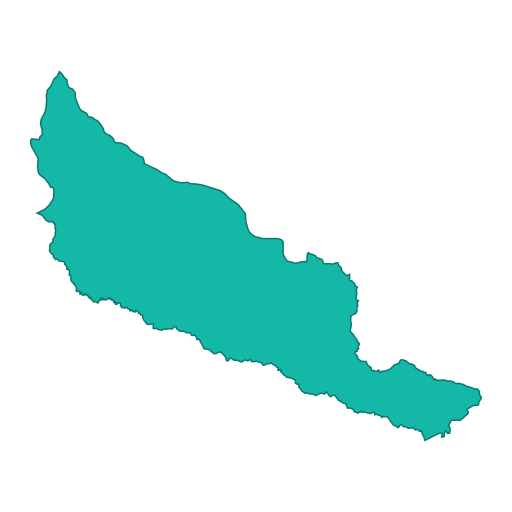 the district of Saladoblanco, Huila, Colombia
{"feature_id": "7082276B71793235558462", "entity_name": "Saladoblanco", "entity_type": "district", "adm_level": 2, "iso_a3": "COL", "parent_name": "Colombia", "parent_adm1": "Huila", "projection": "albers", "projection_center": [-76.191, 2.115], "detail": "fine", "context": "isolated", "style": "filled", "palette": "teal", "viewbox_px": 512, "rotation_deg": 0, "n_neighbors": 0, "source": "geoboundaries", "source_scale": "gbopen_adm2", "svg_char_len": 5994}
<svg xmlns="http://www.w3.org/2000/svg" viewBox="0 0 512 512"><path d="M479.5,391.4L477.2,389.0L474.4,388.9L469.5,386.9L468.0,386.9L462.8,384.3L458.5,383.3L455.9,383.7L453.3,381.9L450.1,380.9L448.3,381.1L443.4,379.9L436.7,380.4L435.3,378.9L434.0,379.9L432.1,376.4L430.4,374.9L429.1,374.6L428.2,375.4L427.0,375.3L425.6,372.3L424.0,372.6L422.8,371.4L420.5,371.3L419.5,370.0L418.2,370.2L417.9,369.3L414.9,367.5L414.7,365.7L411.8,364.0L408.8,363.5L405.8,360.6L404.4,360.6L402.5,359.7L400.7,360.0L400.0,360.7L399.5,362.6L396.4,364.4L394.9,364.5L389.8,369.3L384.8,371.2L381.7,371.3L380.5,372.4L379.3,371.6L378.8,370.1L376.4,371.3L374.8,371.1L373.6,370.4L372.1,370.5L371.3,369.4L371.1,367.6L367.3,364.8L366.2,361.5L361.5,361.3L357.4,358.4L357.6,356.6L355.3,353.9L355.1,351.7L357.0,351.4L357.0,349.3L358.1,349.3L358.7,348.6L358.0,346.7L359.4,344.5L359.1,343.2L357.3,341.3L357.1,339.9L354.5,336.8L353.4,334.5L350.8,332.2L350.2,330.9L351.4,324.0L350.7,321.4L350.7,317.2L351.5,315.3L355.8,313.5L356.0,312.2L356.8,311.7L356.8,307.5L357.9,305.7L357.0,303.8L358.4,300.6L356.5,299.9L356.0,297.7L356.9,293.2L356.1,290.2L357.4,286.9L355.3,286.1L354.6,283.3L353.1,282.8L352.1,281.1L350.2,280.7L349.5,280.1L349.7,274.3L346.6,275.6L343.0,272.3L341.6,270.5L341.3,267.8L338.6,265.3L338.0,262.9L335.9,262.9L332.3,264.1L329.4,263.6L324.1,263.9L323.1,262.7L322.6,260.3L321.8,259.5L316.7,257.5L314.9,255.4L309.0,253.4L308.5,252.6L307.5,253.7L306.8,261.7L301.9,261.7L295.9,263.4L287.3,261.1L285.7,259.0L283.1,254.1L283.1,241.8L281.5,239.8L277.6,238.6L263.2,238.6L255.4,236.8L252.2,234.7L249.5,232.3L248.0,229.2L245.9,221.8L245.3,213.6L238.3,204.7L228.6,197.8L224.8,193.6L220.0,190.5L203.2,185.3L197.1,184.1L190.8,183.7L187.1,182.3L181.6,182.9L175.5,181.6L172.6,180.2L165.3,174.1L162.4,173.2L157.0,169.6L146.0,164.5L144.3,163.3L143.9,160.2L142.8,157.4L139.6,156.1L130.8,150.4L127.5,146.3L125.5,145.0L121.3,143.1L118.3,142.7L116.7,143.1L113.8,141.5L113.8,139.4L112.4,137.6L109.5,135.2L105.9,133.8L103.7,131.0L103.5,128.9L100.9,124.7L97.6,120.8L94.6,119.4L92.5,117.5L88.1,116.7L86.8,113.5L80.7,110.1L79.5,108.3L75.4,98.0L75.3,92.9L72.8,89.2L68.9,87.6L67.6,84.7L66.8,79.7L64.5,77.9L61.7,73.6L59.4,71.6L57.2,76.4L54.2,78.6L51.0,86.1L47.0,90.5L47.2,92.7L46.2,95.6L46.7,98.6L46.1,107.9L45.1,111.9L41.4,118.9L40.7,121.7L40.6,124.6L42.0,129.2L42.4,134.8L40.3,136.3L39.1,139.6L31.6,138.9L30.8,140.3L30.7,143.3L31.6,146.7L38.1,158.2L37.6,166.9L38.2,171.8L38.9,173.6L40.5,175.4L44.6,178.3L48.9,183.8L50.7,187.4L52.7,187.1L53.9,189.4L53.7,197.4L52.8,199.7L49.5,204.7L45.3,208.9L37.2,213.1L42.4,215.3L45.5,219.7L47.0,220.9L49.1,221.9L52.7,221.5L53.8,223.4L54.7,223.6L54.6,224.5L55.4,226.0L55.0,227.5L55.7,231.2L55.1,233.0L55.5,234.0L54.2,237.6L53.0,238.8L52.9,242.1L50.9,243.4L49.9,245.0L49.6,246.2L50.1,247.6L49.4,250.5L51.0,253.3L53.4,255.2L53.5,257.4L54.8,258.1L55.4,259.5L57.1,259.0L59.0,260.9L64.1,261.7L65.0,264.6L66.0,265.4L67.1,268.0L66.7,269.3L68.5,269.6L69.5,270.5L69.2,274.9L70.6,276.0L71.2,281.1L73.1,282.6L73.3,283.5L74.2,283.4L74.3,284.5L76.1,286.8L76.6,288.8L76.0,290.3L77.0,291.7L79.4,290.9L79.9,291.3L79.8,292.0L81.0,292.5L79.8,293.2L80.0,294.1L81.7,293.8L82.5,295.1L83.4,295.4L85.1,293.7L85.6,295.0L87.8,295.1L88.0,296.3L88.8,296.8L89.1,297.8L89.8,298.2L90.6,297.5L91.4,297.7L91.2,299.5L92.5,300.0L93.0,301.6L95.6,301.8L97.9,303.0L98.6,302.4L98.7,301.3L100.2,300.0L100.5,298.2L103.4,298.4L102.0,299.8L103.9,299.5L105.7,300.0L108.2,298.7L108.4,297.6L110.5,297.9L110.8,298.5L109.4,299.2L111.3,299.1L111.9,300.3L112.8,299.8L113.8,300.5L113.6,302.2L114.3,302.6L115.0,301.8L116.1,302.4L115.1,303.3L115.5,304.2L117.2,304.1L118.2,302.8L120.5,303.2L120.8,305.1L120.4,305.7L122.2,307.9L123.5,307.6L124.9,308.1L125.7,307.3L126.7,307.2L127.8,308.8L130.3,309.7L130.3,310.9L131.9,309.9L132.9,311.5L134.0,311.2L134.9,312.1L135.5,311.9L135.6,310.4L138.0,311.5L138.4,313.2L139.6,313.2L140.6,314.7L142.6,315.4L142.7,317.6L144.0,320.4L146.7,323.8L148.1,324.5L153.5,323.9L153.1,327.9L153.5,328.6L156.3,328.4L158.3,329.5L161.8,330.2L164.3,328.9L166.2,329.3L167.8,328.7L171.3,329.0L172.9,328.5L173.4,327.4L174.2,326.9L175.5,326.7L176.0,326.8L176.6,328.7L179.7,331.2L183.9,331.3L186.8,332.9L189.8,332.5L191.7,335.4L195.1,335.3L196.5,337.5L196.7,339.4L197.8,339.6L198.9,339.1L199.8,339.7L200.3,341.8L202.0,344.3L204.0,348.7L209.2,349.6L214.0,353.8L216.6,353.4L218.9,351.9L221.1,352.3L225.0,356.3L226.0,358.0L226.1,359.9L226.9,360.9L228.2,360.8L229.5,358.8L231.0,358.0L233.6,360.1L237.4,360.3L240.9,361.9L242.7,361.5L244.9,359.9L248.0,360.9L250.3,359.3L250.9,359.8L251.0,361.0L251.9,361.6L253.7,361.8L256.5,360.9L257.9,361.9L261.4,362.7L262.2,363.4L262.5,364.7L263.7,365.2L265.1,364.9L266.3,363.9L269.0,363.8L271.0,362.7L272.2,364.1L275.3,365.4L276.2,366.7L277.7,367.4L278.2,368.5L277.9,370.3L280.9,369.9L280.8,372.0L282.1,372.1L282.8,374.0L284.5,375.5L286.0,376.1L286.3,377.1L291.6,378.2L294.9,379.8L295.5,381.1L295.4,383.1L296.5,384.0L298.8,384.3L298.8,386.9L302.2,391.2L304.8,393.3L307.1,392.8L308.4,393.7L313.8,394.3L315.7,395.6L320.6,393.1L324.7,394.0L326.4,391.8L330.0,396.5L331.2,396.5L333.1,394.9L334.7,395.3L338.9,400.7L340.4,400.9L341.9,402.5L346.0,404.0L347.4,408.1L350.4,408.1L353.9,409.7L354.1,411.5L357.0,412.8L357.9,413.1L361.0,411.3L362.2,412.4L363.8,412.0L370.8,413.6L372.4,412.5L374.5,412.2L374.8,414.8L376.5,414.1L378.1,415.2L380.2,415.4L382.0,417.5L383.4,416.5L387.7,417.1L393.0,424.6L394.5,425.7L396.0,425.9L397.7,427.6L398.6,427.2L400.1,425.0L401.5,424.6L403.6,426.9L405.8,426.6L408.2,428.2L413.5,427.9L415.1,429.9L417.1,429.3L419.4,431.2L421.9,431.3L422.0,433.6L423.6,436.1L424.9,440.4L439.0,433.3L440.9,433.1L442.3,433.7L441.7,437.1L443.7,436.8L444.3,436.0L444.6,432.6L445.7,431.0L447.9,433.4L449.6,433.2L450.1,430.7L449.9,427.5L448.4,426.0L451.2,420.3L452.6,420.0L454.9,420.4L457.1,420.0L459.5,420.4L461.0,419.8L468.1,413.5L468.3,412.0L466.9,410.0L467.7,408.7L473.7,405.3L477.4,405.4L478.6,404.8L478.7,402.2L481.0,399.0L481.3,397.6L479.2,393.8L479.5,391.4Z" fill="#14b8a6" stroke="#0f766e" stroke-width="1.5"/></svg>